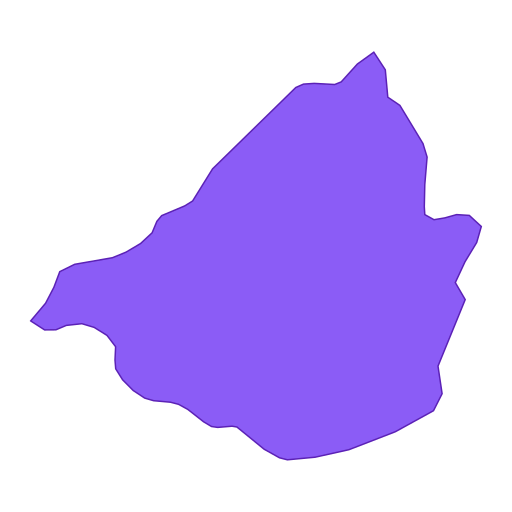 the Province of Cavite
{"feature_id": "PHL-2563", "entity_name": "Cavite", "entity_type": "Province", "adm_level": 1, "iso_a3": "PHL", "parent_name": "Philippines", "parent_adm1": "", "projection": "orthographic", "projection_center": [120.835, 14.286], "detail": "fine", "context": "isolated", "style": "filled", "palette": "violet", "viewbox_px": 512, "rotation_deg": 0, "n_neighbors": 0, "source": "natural_earth", "source_scale": "10m", "svg_char_len": 963}
<svg xmlns="http://www.w3.org/2000/svg" viewBox="0 0 512 512"><path d="M30.7,320.9L45.6,303.2L53.9,287.3L59.8,271.6L74.7,264.3L112.5,257.7L125.9,252.2L140.6,243.5L152.1,232.8L156.9,221.3L161.7,215.6L184.7,205.9L192.6,201.0L212.6,168.8L295.8,87.5L303.5,84.1L314.2,83.4L334.7,84.5L341.2,81.9L357.4,64.0L373.8,52.2L385.3,69.8L387.8,97.2L399.9,105.4L423.0,143.6L424.2,147.6L427.1,157.1L424.8,184.5L424.3,206.7L424.8,214.6L434.0,219.7L444.8,217.9L456.6,214.6L469.3,215.4L481.3,226.5L476.7,242.5L465.0,261.8L455.3,282.6L465.2,299.6L438.0,366.1L442.1,393.7L433.5,410.7L395.4,431.7L348.9,449.7L315.1,457.2L287.4,459.8L279.5,457.8L264.1,449.2L236.9,427.0L232.0,426.2L217.7,427.4L211.5,426.5L203.6,421.8L187.8,409.4L178.5,404.3L170.4,402.2L153.6,400.7L144.7,398.1L133.2,390.5L122.6,379.8L115.7,368.8L115.0,360.1L115.6,346.7L107.0,335.4L94.2,327.4L81.9,323.7L66.3,325.4L55.9,329.8L44.6,329.9L30.8,321.0L30.7,320.9Z" fill="#8b5cf6" stroke="#5b21b6" stroke-width="1.5"/></svg>